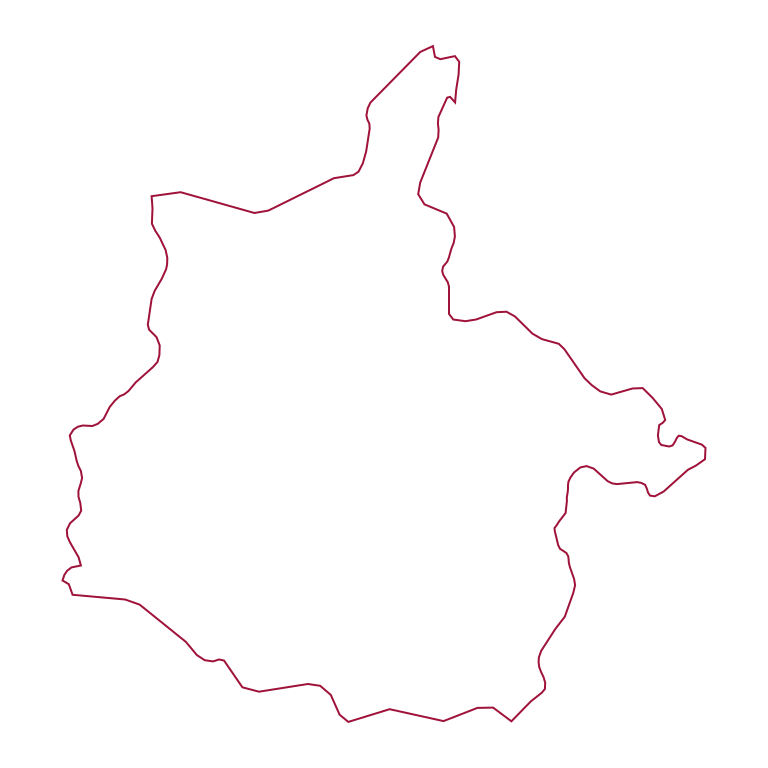 outline of Ardennes
{"feature_id": "FRA-5268", "entity_name": "Ardennes", "entity_type": "Metropolitan department", "adm_level": 1, "iso_a3": "FRA", "parent_name": "France", "parent_adm1": "", "projection": "albers", "projection_center": [4.734, 49.698], "detail": "fine", "context": "isolated", "style": "outline", "palette": "rose", "viewbox_px": 768, "rotation_deg": 0, "n_neighbors": 0, "source": "natural_earth", "source_scale": "10m", "svg_char_len": 2606}
<svg xmlns="http://www.w3.org/2000/svg" viewBox="0 0 768 768"><path d="M432.9,46.1L435.0,56.9L440.3,59.2L454.9,56.1L459.2,61.8L458.6,74.5L456.2,89.6L455.1,102.4L450.1,96.9L447.2,97.6L438.4,117.0L437.9,123.6L438.6,129.7L438.2,137.5L420.2,182.6L418.2,194.2L424.5,204.4L446.7,213.6L454.1,227.0L454.9,236.5L453.7,242.8L451.3,248.9L448.8,257.8L447.3,261.6L443.1,266.6L442.2,271.0L443.2,274.7L447.8,282.3L449.0,286.6L449.0,313.9L453.2,319.5L465.5,321.2L476.1,319.5L496.5,312.2L505.1,311.8L506.4,311.7L514.9,316.4L532.5,333.7L541.9,339.1L558.8,343.8L564.4,349.2L584.6,378.3L591.7,385.1L600.3,391.4L611.2,394.6L632.5,388.5L642.7,388.1L652.6,397.9L661.8,409.0L665.2,420.0L663.0,422.6L659.2,425.1L657.9,435.4L659.0,442.1L661.3,445.0L669.2,446.5L672.6,445.4L675.0,441.7L677.0,437.7L678.8,435.7L681.7,436.2L687.1,439.4L701.8,444.6L705.5,447.9L705.0,459.2L695.9,465.6L687.9,469.8L663.7,491.5L654.8,496.3L650.0,495.6L648.0,492.5L646.8,488.5L645.1,484.8L641.3,482.9L637.2,482.1L616.9,484.1L612.2,483.4L607.7,481.2L593.7,468.6L586.6,466.1L580.4,467.4L574.1,472.4L570.6,477.2L568.4,481.8L568.0,485.5L568.0,488.5L567.8,491.4L566.8,497.4L566.9,501.1L565.6,513.0L559.1,521.4L556.3,525.8L554.6,527.9L554.5,529.0L554.8,531.1L558.2,545.2L560.0,548.8L566.4,553.0L568.2,556.3L568.6,559.1L568.8,562.4L569.8,566.8L574.1,579.0L575.1,585.2L573.3,592.8L564.8,616.7L555.5,628.7L541.2,650.8L538.9,657.3L538.6,662.3L539.2,667.0L541.1,672.0L543.6,677.3L545.2,682.7L544.9,689.0L541.7,692.8L530.9,701.3L511.4,721.3L493.1,707.6L477.4,707.9L443.5,721.1L389.6,709.2L348.3,721.9L339.6,714.7L330.8,694.9L320.2,685.8L307.8,684.0L259.0,691.7L242.4,687.3L224.0,660.5L219.0,659.5L213.0,661.4L204.7,660.2L196.9,655.1L185.9,641.9L139.6,604.6L125.1,599.5L72.6,594.8L68.8,584.2L62.5,580.5L64.4,574.8L67.2,570.7L71.5,567.4L80.9,565.5L78.6,557.3L69.8,542.0L67.3,536.3L66.8,529.9L70.0,523.3L78.6,515.5L81.2,510.7L80.3,503.1L78.5,496.8L78.4,490.9L80.6,483.9L82.1,478.1L80.9,471.0L78.4,466.0L76.7,461.0L74.5,451.1L70.8,440.5L69.8,435.4L73.5,429.6L77.9,426.7L82.8,425.5L92.4,426.0L97.8,423.8L103.6,418.9L109.7,407.0L114.8,400.7L119.6,396.3L124.3,394.3L128.5,391.0L135.8,382.3L152.9,367.1L157.5,361.9L159.4,355.1L159.7,345.4L156.5,337.1L149.1,329.7L147.8,324.8L151.6,299.0L154.6,291.0L162.0,278.3L166.1,269.2L167.1,264.5L167.3,257.8L165.6,250.0L159.6,237.4L155.3,230.8L151.9,223.7L152.5,208.2L151.6,196.2L180.6,192.2L250.9,212.0L254.4,213.0L268.3,210.6L333.9,178.2L353.4,175.1L358.5,171.7L362.8,163.4L366.1,151.8L369.7,128.5L369.3,123.5L367.5,119.9L366.4,115.5L367.7,108.3L370.4,102.6L420.3,51.9L432.9,46.1Z" fill="none" stroke="#9f1239" stroke-width="2"/></svg>